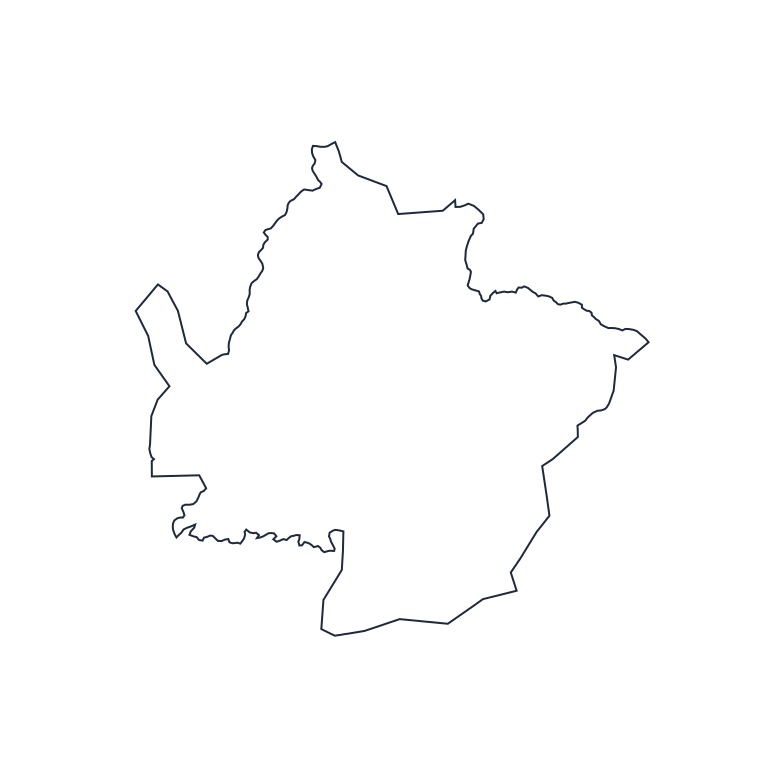 Castelo do Piauí, Piauí, Brazil (Albers equal-area conic projection), rotated 333°
{"feature_id": "56859067B95286770264401", "entity_name": "Castelo do Piauí", "entity_type": "district", "adm_level": 2, "iso_a3": "BRA", "parent_name": "Brazil", "parent_adm1": "Piauí", "projection": "albers", "projection_center": [-41.58, -5.307], "detail": "fine", "context": "isolated", "style": "outline", "palette": "slate", "viewbox_px": 768, "rotation_deg": 333, "n_neighbors": 0, "source": "geoboundaries", "source_scale": "gbopen_adm2", "svg_char_len": 4450}
<svg xmlns="http://www.w3.org/2000/svg" viewBox="0 0 768 768"><g transform="rotate(333 384 384)"><path d="M428.8,139.6L426.2,142.2L424.8,145.5L424.3,149.0L424.5,153.4L422.2,156.1L419.7,157.2L417.9,158.9L417.2,161.8L417.6,165.3L417.9,168.8L417.9,172.4L418.8,174.8L419.2,177.5L415.8,180.0L412.0,179.4L408.2,179.3L404.3,176.7L401.2,174.4L397.8,174.8L394.4,176.0L390.6,177.3L387.6,178.5L384.1,178.4L381.7,179.1L379.3,181.0L377.5,183.9L375.2,186.6L372.5,188.5L369.1,188.5L365.7,188.9L362.8,189.8L360.5,191.0L357.4,192.6L353.9,194.0L351.3,193.5L348.3,193.0L345.7,194.4L346.1,197.1L347.1,200.2L346.0,202.5L342.0,203.7L339.4,205.5L338.1,207.7L335.4,208.8L332.4,209.7L330.2,211.8L329.4,214.7L329.9,218.4L330.2,221.6L329.1,225.7L327.0,227.9L324.1,229.4L321.5,231.1L318.4,232.8L315.4,233.2L311.9,234.0L309.0,236.5L307.2,238.8L305.1,243.0L302.6,245.5L300.0,247.6L298.0,250.8L297.3,253.9L296.3,257.7L293.3,258.2L291.5,260.7L288.9,262.8L285.8,263.9L283.4,265.6L280.6,266.7L277.9,267.2L274.9,267.9L272.7,269.5L269.7,271.1L266.8,274.4L264.4,277.0L262.4,280.4L261.2,283.7L258.7,286.4L255.3,285.1L252.9,284.5L235.3,285.5L234.5,283.2L226.1,258.0L233.6,225.2L233.3,212.4L233.2,203.3L227.8,192.7L223.6,194.4L215.7,197.8L195.9,206.2L195.7,234.1L188.1,262.6L188.7,267.1L191.8,288.6L175.2,295.2L162.1,307.0L160.8,309.3L148.1,331.6L145.4,335.4L144.3,339.5L143.7,343.6L144.9,346.5L142.1,347.2L135.2,361.0L172.8,379.0L177.9,381.5L178.2,396.2L174.9,397.5L171.5,397.3L169.6,398.6L167.5,400.5L163.6,403.4L159.5,404.4L155.7,403.2L152.1,401.3L149.3,401.2L147.4,402.8L147.2,406.8L146.6,410.4L144.2,411.7L141.8,410.5L139.0,409.8L135.2,410.4L132.6,412.6L131.0,415.3L130.0,417.7L129.6,420.2L129.3,422.9L129.4,426.5L133.2,425.2L136.0,424.5L139.4,422.6L143.2,422.7L147.9,423.3L151.9,423.5L149.6,425.9L144.9,427.6L142.2,430.1L145.2,433.4L147.5,435.3L148.4,439.0L151.2,441.2L153.9,439.2L156.9,439.9L160.2,440.1L162.5,441.6L163.6,444.9L164.7,448.3L168.0,450.2L171.5,450.4L174.9,451.4L174.5,454.9L176.5,457.0L178.8,458.0L181.4,458.9L183.5,461.0L186.1,459.8L189.3,458.0L191.9,455.1L192.7,452.4L195.2,451.2L197.0,455.3L200.0,457.7L202.5,458.5L204.0,461.9L200.9,463.6L204.2,464.6L207.5,464.9L210.5,464.7L213.6,464.6L216.2,465.8L218.3,467.3L219.0,470.8L214.9,472.1L216.7,475.8L219.9,476.3L223.9,476.5L226.4,478.8L229.1,478.0L232.1,477.5L234.8,478.3L237.2,478.7L240.2,480.5L238.1,483.8L236.1,485.6L235.3,489.5L237.7,490.5L241.4,488.7L244.5,491.4L246.3,494.4L247.4,497.5L251.6,498.4L252.9,501.0L253.0,503.8L254.4,506.7L259.5,507.7L263.8,510.1L265.3,508.3L265.3,504.1L265.2,500.2L265.8,497.8L265.8,494.8L268.1,491.8L271.7,491.5L274.3,491.8L276.4,493.2L278.6,494.9L280.9,496.9L271.8,513.8L262.0,530.5L232.0,548.9L216.9,573.9L222.6,581.6L225.9,585.9L231.4,587.8L234.8,588.8L239.1,590.3L254.3,595.1L258.6,595.8L291.2,600.6L332.0,626.6L364.5,622.1L374.5,620.6L408.3,628.4L411.4,609.5L426.5,601.2L452.8,585.1L471.6,576.5L478.4,556.8L487.7,528.9L500.4,527.5L532.7,519.2L535.6,513.2L537.5,508.9L546.5,508.1L550.6,506.2L557.0,504.5L561.8,504.7L565.8,506.2L569.6,506.6L572.1,505.8L575.6,503.6L580.1,499.4L583.1,496.5L585.6,494.2L598.3,474.5L602.2,462.8L612.6,473.1L638.7,466.9L637.8,462.7L636.5,459.4L634.8,455.4L633.5,452.0L631.0,449.1L627.4,446.4L624.1,444.5L620.7,444.5L618.4,441.8L615.1,439.1L612.1,437.4L609.3,436.0L607.3,433.6L605.7,431.4L604.3,429.3L604.1,425.4L602.2,422.2L601.5,419.8L600.4,417.2L601.3,414.6L599.9,412.0L597.9,410.8L596.2,408.2L595.0,405.9L596.3,403.2L594.0,399.8L591.3,397.4L588.2,396.5L584.8,395.5L582.4,394.9L580.3,393.8L577.3,393.4L575.3,392.0L574.4,389.3L573.1,386.7L572.9,383.5L570.6,380.7L568.3,378.8L564.9,376.5L561.2,376.0L560.2,372.1L558.2,369.2L557.2,366.7L555.8,363.6L553.2,360.7L550.4,360.7L547.7,359.1L545.4,360.3L542.9,362.4L540.0,359.8L535.9,358.4L532.9,356.2L529.1,355.1L525.6,354.3L525.5,351.7L522.7,352.3L518.9,353.6L516.4,356.6L512.1,356.6L509.8,354.5L509.7,352.0L510.5,349.6L510.2,347.0L510.7,344.7L504.9,339.2L503.7,337.0L503.3,334.1L507.6,329.7L510.7,325.8L512.4,323.5L512.3,321.1L510.9,319.0L511.6,316.1L512.6,310.5L515.8,305.1L517.5,302.2L520.4,298.9L524.8,294.6L528.6,291.5L531.6,290.4L534.4,286.4L538.1,284.8L540.4,283.7L544.3,284.8L547.7,282.3L549.4,277.9L547.4,271.8L545.0,266.2L541.0,261.6L537.1,261.5L532.2,260.7L528.1,258.7L530.8,252.5L515.0,256.3L473.8,239.0L476.1,208.8L455.6,186.4L447.2,167.0L449.4,156.1L450.3,146.3L446.3,146.3L441.7,146.5L438.7,145.7L434.9,143.7L432.3,141.7L428.8,139.6Z" fill="none" stroke="#1e293b" stroke-width="2"/></g></svg>